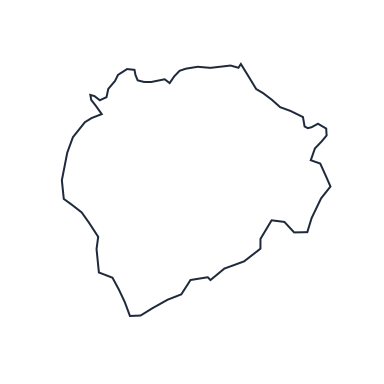 outline of Kapileio, Limassol, Cyprus, rotated 287°
{"feature_id": "46923920B22954384583573", "entity_name": "Kapileio", "entity_type": "district", "adm_level": 2, "iso_a3": "CYP", "parent_name": "Cyprus", "parent_adm1": "Limassol", "projection": "equal_earth", "projection_center": [32.969, 34.829], "detail": "fine", "context": "isolated", "style": "outline", "palette": "slate", "viewbox_px": 384, "rotation_deg": 287, "n_neighbors": 0, "source": "geoboundaries", "source_scale": "gbopen_adm2", "svg_char_len": 1110}
<svg xmlns="http://www.w3.org/2000/svg" viewBox="0 0 384 384"><g transform="rotate(287 192 192)"><path d="M113.2,235.4L128.2,245.3L140.9,262.1L157.8,274.0L167.2,271.2L188.2,276.4L190.4,289.1L183.2,301.5L187.3,314.0L188.9,314.0L202.0,314.0L223.7,317.3L237.7,322.8L245.8,315.9L256.7,306.3L257.1,296.3L269.6,296.8L278.1,301.1L285.4,304.2L289.1,302.8L291.9,301.8L294.1,292.5L288.9,287.4L286.9,284.1L287.6,280.5L296.1,276.2L298.3,262.5L298.9,251.5L303.5,241.5L307.3,231.2L309.2,223.3L318.6,212.8L328.7,201.3L324.4,200.1L324.2,191.9L316.1,173.3L313.4,160.8L308.2,150.2L304.3,144.7L297.4,141.2L289.6,138.8L291.8,132.9L285.2,120.7L283.2,113.9L282.9,107.4L287.4,103.7L292.0,101.3L290.6,94.0L282.4,87.0L275.6,85.9L266.2,81.8L257.7,82.5L252.8,77.0L255.2,70.7L255.1,66.4L250.6,68.7L246.1,75.1L240.1,82.9L233.4,74.4L227.5,69.2L209.6,62.1L193.3,61.2L165.2,64.1L147.9,71.4L144.6,81.0L140.2,92.5L132.5,102.5L121.7,115.4L109.5,117.4L87.8,126.5L86.8,141.0L77.3,150.6L67.2,159.8L55.3,168.9L58.8,178.9L69.6,188.4L81.9,200.2L91.0,211.7L107.4,216.3L115.1,232.0L113.2,235.4Z" fill="none" stroke="#1e293b" stroke-width="2"/></g></svg>